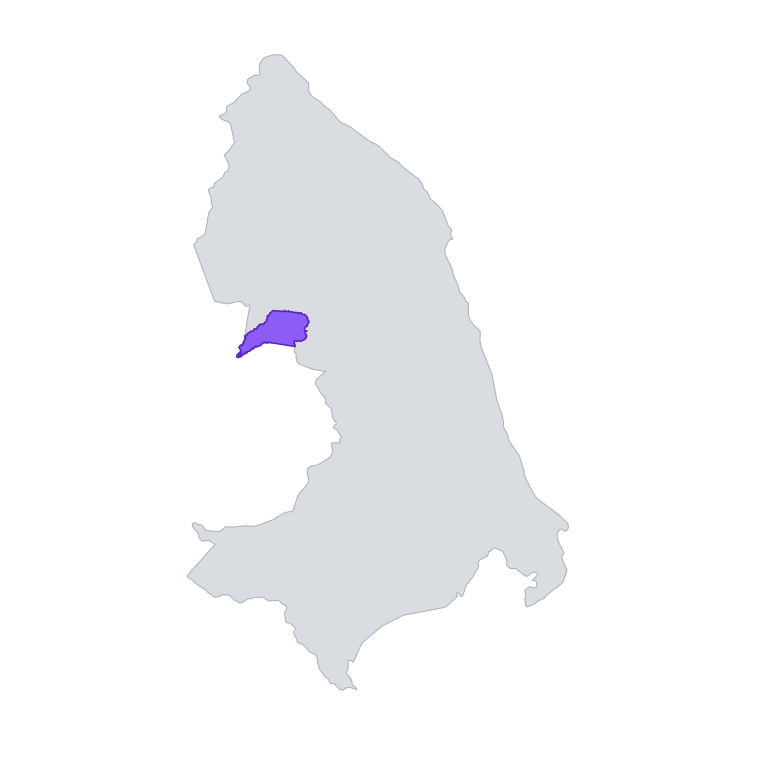 location of Purus, Ucayali, Peru, rotated 189°
{"feature_id": "86281439B73301228794049", "entity_name": "Purus", "entity_type": "district", "adm_level": 2, "iso_a3": "PER", "parent_name": "Peru", "parent_adm1": "Ucayali", "projection": "mercator", "projection_center": [-71.206, -10.219], "detail": "fine", "context": "in_parent", "style": "filled", "palette": "violet", "viewbox_px": 768, "rotation_deg": 189, "n_neighbors": 0, "source": "geoboundaries", "source_scale": "gbopen_adm2", "svg_char_len": 9481}
<svg xmlns="http://www.w3.org/2000/svg" viewBox="0 0 768 768"><g transform="rotate(189 384 384)"><path d="M551.3,214.3L551.1,216.5L548.4,217.6L545.9,216.0L542.3,216.5L536.8,211.5L523.7,212.3L517.9,218.2L509.2,219.4L499.7,222.1L489.0,223.3L472.2,232.6L468.3,236.5L460.7,242.0L454.4,243.9L451.4,260.9L445.3,270.9L442.9,276.4L446.2,284.6L446.1,288.6L442.7,291.9L439.9,292.3L434.1,295.8L425.6,303.3L424.0,309.2L426.8,316.8L425.8,317.7L418.7,319.1L418.9,323.4L417.5,325.1L423.4,331.2L426.8,332.7L427.0,334.2L426.4,335.8L425.1,336.4L425.0,337.8L429.3,342.4L432.5,351.5L438.7,356.0L438.9,358.9L440.7,361.9L444.0,364.1L451.6,373.2L451.7,377.5L443.8,387.3L456.9,387.3L471.3,390.6L473.3,392.2L475.1,396.6L475.2,399.5L478.1,401.9L477.8,407.2L496.9,407.3L509.1,406.0L529.1,389.5L532.3,388.2L530.6,391.7L530.3,394.3L531.4,397.2L529.1,401.2L528.9,441.2L532.5,439.0L537.2,442.8L540.6,443.0L551.5,438.5L564.2,439.2L593.8,491.7L591.2,495.3L591.4,498.0L587.8,500.3L584.1,504.6L583.9,525.6L580.9,531.9L582.6,535.3L584.2,542.0L587.0,546.0L587.7,548.6L587.3,549.6L583.2,551.8L582.9,555.7L575.6,563.2L574.2,568.3L571.5,570.0L571.0,575.8L577.7,585.2L573.4,590.8L569.4,599.1L576.2,616.6L578.9,619.1L581.8,619.0L586.2,620.5L588.6,623.1L583.2,626.4L582.3,627.9L582.7,633.7L576.8,638.0L568.8,649.1L566.7,649.7L562.7,653.0L562.0,654.7L562.6,656.3L566.1,659.6L566.4,663.6L560.7,668.6L556.6,669.2L555.1,670.5L556.8,677.3L556.8,680.5L555.5,684.1L552.7,688.0L544.1,692.2L536.3,692.9L523.1,682.7L519.0,678.5L505.9,669.8L503.8,660.7L499.4,656.3L491.4,653.0L485.0,648.3L480.2,646.1L468.4,635.9L457.5,632.7L437.4,622.0L426.6,618.4L412.7,608.4L405.2,605.7L399.1,601.1L380.9,591.2L378.0,588.0L375.3,583.2L371.2,580.3L366.7,573.6L359.9,569.7L353.4,564.5L345.4,550.5L341.6,547.3L341.3,541.0L338.7,538.1L342.6,536.0L345.1,526.2L343.8,521.3L334.5,508.1L332.8,502.7L326.1,492.6L323.6,486.5L318.2,482.1L315.9,478.3L313.0,476.7L312.8,472.1L310.7,463.3L307.7,458.8L297.0,450.6L296.0,441.6L293.6,435.3L278.7,410.1L270.1,385.9L262.8,372.5L259.8,364.8L259.6,360.6L254.2,353.5L251.3,347.0L239.2,334.4L232.2,320.5L231.2,316.4L226.4,308.7L218.7,298.8L214.9,294.8L191.6,282.5L180.6,275.0L179.4,271.2L179.9,268.9L182.3,266.8L185.6,268.5L187.6,267.8L189.2,265.1L189.3,260.9L187.2,255.6L179.8,245.3L181.7,240.7L174.2,228.8L176.0,217.2L177.7,214.3L188.9,202.6L192.0,197.6L196.9,194.5L201.8,189.8L207.7,186.2L209.4,187.4L211.2,193.6L210.9,197.8L212.6,202.4L208.5,206.7L204.0,205.8L202.3,206.8L201.6,208.8L202.3,212.0L203.5,213.3L206.8,213.4L202.3,219.6L202.6,220.8L205.8,221.9L208.8,220.4L212.0,216.8L213.9,216.3L225.2,222.3L230.5,221.6L234.6,224.4L235.0,228.8L240.7,237.4L249.2,239.5L250.6,238.7L252.5,235.6L254.4,235.1L254.7,230.3L262.1,225.2L263.2,221.7L262.1,219.3L262.3,217.3L266.6,206.1L268.0,204.9L269.2,201.3L270.9,199.1L273.4,186.5L275.4,186.5L277.3,189.5L279.6,188.7L278.4,185.9L278.8,184.9L286.9,174.8L289.5,172.7L328.7,158.7L348.2,144.5L365.4,124.5L370.8,104.4L372.8,105.8L376.1,105.3L375.0,97.2L375.8,93.3L375.6,92.1L370.3,87.3L368.1,82.0L363.4,78.9L363.6,77.8L368.6,78.9L373.1,78.4L376.9,75.1L379.8,75.4L386.2,80.0L390.9,80.4L392.5,83.6L397.1,86.0L403.7,93.0L406.6,100.5L406.4,101.9L409.4,105.9L415.7,107.8L422.1,113.4L428.7,115.1L431.6,120.2L433.4,121.8L434.3,124.7L433.3,128.1L434.2,129.9L439.1,132.9L443.3,133.0L444.2,134.4L446.5,142.8L445.0,147.0L445.6,149.3L451.0,151.3L452.7,153.1L457.0,153.5L463.1,151.7L470.7,154.3L476.6,153.4L479.3,152.7L482.1,150.8L484.4,150.9L490.4,145.6L492.1,145.1L498.5,147.5L503.9,151.2L510.5,150.5L513.3,148.2L518.1,146.9L526.8,151.4L528.7,153.5L531.1,154.0L540.4,158.4L542.1,160.2L547.0,161.9L548.1,163.4L547.8,165.0L525.8,199.2L532.6,202.1L538.9,200.3L542.2,202.6L544.7,208.2L549.6,211.9L551.3,214.3Z" fill="#d9dde1" stroke="#a8b0b8" stroke-width="1"/><path d="M477.7,441.1L478.1,440.7L478.4,440.9L478.7,441.0L478.8,440.6L479.6,440.2L479.7,440.7L480.4,440.6L480.8,440.9L482.1,441.2L482.3,441.1L482.4,440.7L482.9,440.8L483.5,440.4L484.3,440.7L484.6,440.5L484.9,440.7L485.7,440.8L485.9,441.0L486.3,440.9L486.4,440.7L486.6,440.8L487.4,440.7L487.9,440.8L488.4,440.7L488.9,440.7L489.6,441.2L489.7,440.9L490.2,440.6L490.9,440.6L491.2,440.4L491.5,440.6L492.1,440.6L492.9,440.3L493.3,440.8L493.4,440.3L493.8,440.0L494.0,440.2L494.5,439.9L494.6,440.0L494.8,440.0L495.1,440.3L495.4,440.1L496.8,439.8L497.3,439.9L498.1,439.6L498.5,439.7L499.4,439.2L499.6,439.5L500.2,439.7L500.6,439.5L500.9,439.6L501.4,439.3L502.0,439.4L502.8,439.3L503.3,439.4L504.0,439.1L504.5,439.3L504.8,439.1L505.0,439.2L505.3,439.1L505.4,438.8L505.8,438.5L505.9,438.0L506.2,437.8L506.5,437.8L506.5,437.4L506.8,436.7L507.3,436.7L508.0,435.9L508.0,434.7L508.5,433.6L508.9,433.3L509.3,433.4L509.7,433.3L509.4,432.9L509.5,432.8L509.8,432.7L509.6,431.7L509.9,431.2L509.5,430.8L509.4,430.2L510.0,429.6L510.2,429.1L509.7,428.6L510.0,428.0L510.2,427.0L510.5,426.7L511.0,426.5L511.3,426.5L511.6,426.3L511.6,425.0L512.2,425.0L512.8,424.1L513.2,424.0L513.4,424.2L513.7,424.0L514.4,424.0L514.8,423.7L515.7,423.6L516.2,423.2L516.3,422.9L516.6,422.8L516.6,422.5L516.8,422.5L516.8,422.2L517.0,422.0L516.9,421.6L517.1,421.5L517.3,421.1L517.8,420.8L518.4,420.2L518.4,419.8L518.0,418.8L518.1,418.4L519.7,418.2L520.4,418.5L520.7,418.4L521.2,417.2L520.9,416.4L521.0,415.9L521.5,415.6L522.3,415.6L523.2,415.7L523.6,415.6L524.0,415.2L524.3,414.5L524.9,414.2L525.3,413.5L525.9,413.4L526.8,412.5L526.7,411.7L527.1,411.1L527.5,410.9L527.6,410.6L528.0,410.5L528.3,410.0L528.7,409.8L528.5,409.7L528.8,409.4L528.4,409.1L528.3,408.8L528.6,408.5L527.9,407.9L528.1,407.6L528.1,407.3L528.4,407.1L528.1,406.1L528.7,405.5L528.8,405.1L528.6,404.8L528.9,404.2L529.2,403.7L529.0,403.2L529.9,402.8L529.9,402.6L529.6,402.2L529.7,401.9L529.5,401.1L529.8,400.9L530.0,400.4L530.6,400.5L530.8,400.1L530.8,399.9L531.0,399.6L531.6,400.0L532.1,399.7L532.4,399.2L532.3,398.7L532.5,398.5L532.5,398.2L532.7,397.8L532.6,397.6L532.8,397.5L532.6,397.4L532.2,396.3L531.9,395.9L531.4,395.9L531.2,395.6L531.2,395.3L530.8,395.0L530.9,394.9L530.6,394.4L530.6,394.2L530.4,393.9L530.7,393.6L530.8,393.3L530.6,393.2L530.8,392.8L530.3,392.3L530.4,392.0L530.7,391.9L530.8,392.1L530.7,392.5L531.1,392.4L531.4,392.7L531.7,392.8L531.8,392.7L531.8,392.3L531.3,392.1L531.5,391.6L531.3,391.4L531.5,391.3L531.8,391.6L532.2,391.5L532.3,391.3L532.1,391.1L532.2,390.8L532.6,390.8L532.6,390.4L532.9,390.5L533.2,390.0L533.3,390.4L533.5,390.2L532.9,389.5L532.8,389.0L533.1,388.9L533.2,389.2L533.5,389.0L533.2,388.5L533.8,388.3L533.7,387.8L533.5,387.7L533.4,387.8L533.4,387.7L532.9,387.9L533.0,388.1L532.8,388.2L532.7,388.1L532.8,388.0L532.7,387.9L532.3,388.2L532.1,387.9L532.0,388.1L531.7,388.1L531.6,387.9L531.5,388.1L531.3,388.1L531.3,388.3L531.2,388.1L530.7,388.5L530.6,388.3L530.4,388.3L530.4,388.9L529.9,388.8L529.9,389.2L529.7,389.3L529.8,389.5L529.5,389.3L529.5,389.6L529.2,389.6L529.3,389.8L529.1,389.8L529.3,390.1L529.1,390.1L529.1,390.3L528.9,390.2L528.8,390.3L528.6,390.3L528.6,390.7L528.4,390.7L528.4,390.8L528.5,390.9L528.3,390.8L528.2,391.2L528.1,390.9L527.9,391.2L527.6,391.3L527.4,391.4L527.4,391.5L527.2,391.5L526.9,391.8L526.8,391.7L526.6,391.9L526.4,392.1L526.1,392.2L526.2,392.4L526.0,392.6L525.7,392.3L525.4,392.4L525.2,392.6L525.3,392.6L525.0,393.1L525.1,393.5L525.1,393.8L524.7,393.7L524.8,393.9L524.6,393.9L524.5,394.0L524.3,394.0L524.1,394.1L524.1,394.3L523.9,394.6L524.0,394.7L523.9,394.9L523.5,395.1L523.3,395.0L523.1,395.1L522.7,395.1L522.4,395.5L522.1,395.6L521.9,395.5L521.4,395.8L521.4,396.0L521.0,396.4L521.0,396.6L520.8,396.6L520.5,397.1L520.4,397.5L519.6,398.4L519.1,398.5L518.7,398.4L518.7,398.5L518.6,398.4L518.3,398.8L518.3,398.7L518.2,398.9L517.9,399.0L517.5,400.0L517.3,400.2L517.2,400.5L517.3,400.8L517.2,401.0L516.4,400.9L516.3,401.0L516.0,400.8L515.6,401.0L515.3,400.9L515.1,401.2L514.5,401.3L514.2,401.7L513.7,402.0L512.7,402.1L512.4,402.3L512.2,402.6L511.8,402.8L511.7,403.2L511.4,403.4L511.3,403.8L511.1,404.0L511.1,404.3L510.8,404.4L510.7,405.1L510.2,405.3L510.1,405.5L510.1,405.9L509.7,406.1L509.3,405.9L509.0,406.0L508.8,405.8L508.6,405.9L508.7,406.1L508.6,406.3L508.3,406.4L508.0,406.4L507.6,406.6L507.4,406.5L507.1,406.8L506.9,406.7L506.7,406.8L506.5,406.6L506.3,406.6L506.1,406.2L505.7,406.0L505.4,406.3L505.4,406.6L505.1,406.6L504.6,407.1L477.9,407.1L477.6,407.3L477.6,407.9L477.8,408.1L477.9,408.5L478.2,408.7L478.5,409.7L479.2,410.2L479.0,410.4L479.1,411.8L478.7,412.7L476.8,412.5L476.6,412.6L476.3,412.6L476.1,412.7L476.1,413.2L475.8,413.5L475.5,413.4L475.3,413.5L474.9,413.4L474.5,413.4L474.1,413.2L473.8,413.3L473.5,413.2L473.2,413.3L472.8,413.1L472.5,413.5L472.0,413.8L471.8,413.9L471.7,414.3L471.2,414.6L470.8,414.8L470.5,414.7L470.0,415.0L469.5,415.4L469.4,415.6L469.1,415.7L468.5,416.8L468.2,417.2L468.0,418.3L468.4,418.7L468.4,418.9L468.0,419.4L468.0,419.9L468.3,420.2L468.6,420.4L468.6,420.7L468.9,421.1L469.8,422.1L470.0,423.1L469.7,423.6L468.7,424.0L468.5,424.3L469.2,424.4L469.5,424.4L470.3,424.5L470.7,424.9L471.2,425.2L471.3,425.6L470.9,426.5L471.0,427.2L470.8,427.4L470.6,428.2L470.4,428.4L470.4,429.0L469.8,429.0L469.3,428.6L469.1,428.6L468.7,429.9L468.8,430.3L468.6,431.0L468.4,431.3L468.4,432.4L468.3,432.7L467.9,433.0L468.0,433.3L467.8,433.4L467.8,433.7L468.2,434.7L469.4,435.5L469.7,436.2L469.6,437.0L470.0,437.7L470.6,438.0L470.7,438.6L470.9,438.7L471.5,439.3L471.8,439.4L471.9,439.6L472.4,439.8L472.9,439.8L473.2,440.2L473.5,440.3L473.7,440.1L474.0,440.0L474.3,439.9L474.6,440.0L475.2,439.9L475.9,440.3L476.7,441.3L476.9,441.3L477.1,441.1L477.4,441.0L477.7,441.1Z" fill="#8b5cf6" stroke="#5b21b6" stroke-width="1.5"/></g></svg>